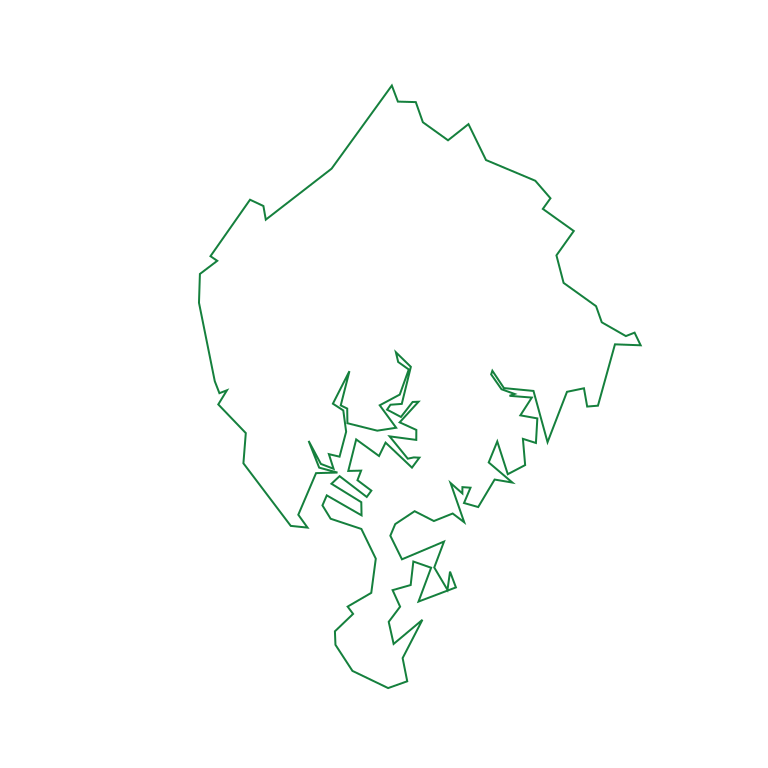 the district of Sutherland, New South Wales, Australia, rotated 116°
{"feature_id": "25037944B61744382554137", "entity_name": "Sutherland", "entity_type": "district", "adm_level": 2, "iso_a3": "AUS", "parent_name": "Australia", "parent_adm1": "New South Wales", "projection": "orthographic", "projection_center": [151.117, -34.072], "detail": "medium", "context": "isolated", "style": "outline", "palette": "green", "viewbox_px": 768, "rotation_deg": 116, "n_neighbors": 0, "source": "geoboundaries", "source_scale": "gbopen_adm2", "svg_char_len": 1966}
<svg xmlns="http://www.w3.org/2000/svg" viewBox="0 0 768 768"><g transform="rotate(116 384 384)"><path d="M112.3,507.8L213.4,525.5L288.1,562.3L276.9,570.4L277.1,585.2L345.2,596.0L346.4,587.9L365.8,597.7L392.1,585.9L455.7,537.3L464.4,527.9L458.5,522.4L475.0,524.0L488.7,486.7L516.9,475.6L552.4,405.6L546.6,389.8L539.1,403.7L493.9,406.0L484.0,387.0L487.6,405.6L468.2,426.8L483.5,405.7L482.3,392.2L471.2,402.8L468.8,392.1L443.5,397.1L425.6,409.0L424.1,421.3L387.6,420.7L422.2,413.5L422.2,406.3L435.3,399.7L428.9,369.6L418.0,353.9L405.0,378.5L386.6,365.2L360.1,368.1L358.0,380.9L350.3,387.2L356.8,367.4L394.1,359.3L399.8,369.1L405.7,370.0L406.2,354.3L387.6,350.4L384.8,345.2L411.6,353.1L411.1,334.8L420.1,330.5L428.6,356.0L440.7,329.9L436.9,325.0L434.7,319.9L446.9,322.2L436.0,356.9L450.9,356.9L446.0,384.7L477.8,378.0L471.9,366.6L482.1,365.7L485.4,348.6L493.1,350.0L486.3,383.5L496.7,387.5L500.2,352.6L511.9,346.6L509.2,386.6L520.1,386.1L528.5,372.9L524.2,340.8L544.6,314.8L577.3,303.9L600.0,319.1L604.2,311.0L627.8,319.7L639.7,313.3L655.7,286.6L655.5,247.0L641.0,232.8L622.2,247.1L579.1,246.1L613.4,261.4L595.7,275.5L577.1,271.9L565.5,285.9L553.0,271.9L530.7,279.8L528.5,261.1L564.4,257.6L535.3,230.2L523.7,242.4L541.2,236.7L526.9,258.4L499.3,261.0L533.7,291.0L517.6,311.8L505.0,312.5L484.9,300.7L485.3,279.1L470.3,265.5L473.1,251.3L443.8,280.8L448.0,265.6L442.3,268.3L439.3,260.8L455.9,259.9L453.3,245.4L421.4,242.7L416.3,225.4L408.6,255.5L386.0,257.0L410.8,233.2L395.0,221.6L372.4,235.1L370.4,221.6L347.7,231.1L352.4,247.7L331.4,245.2L339.6,266.0L335.7,262.2L337.2,276.1L328.4,291.9L324.6,292.4L335.1,274.4L324.7,246.6L364.6,211.5L310.8,216.1L300.2,202.4L315.2,191.5L309.7,182.2L247.1,193.8L236.7,170.3L228.0,181.3L234.9,187.6L233.1,215.3L221.1,227.5L214.4,266.9L192.8,285.4L163.3,280.5L157.0,318.0L144.1,315.8L135.0,337.1L138.0,390.5L113.4,422.0L136.9,433.3L131.7,463.8L116.7,479.0L124.1,495.3L112.3,507.8Z" fill="none" stroke="#15803d" stroke-width="2"/></g></svg>